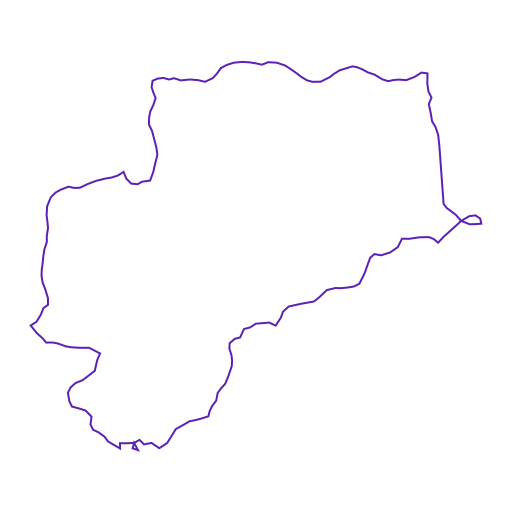 the district of Tabatinga, São Paulo, Brazil
{"feature_id": "56859067B81349085516889", "entity_name": "Tabatinga", "entity_type": "district", "adm_level": 2, "iso_a3": "BRA", "parent_name": "Brazil", "parent_adm1": "São Paulo", "projection": "albers", "projection_center": [-48.634, -21.727], "detail": "fine", "context": "isolated", "style": "outline", "palette": "violet", "viewbox_px": 512, "rotation_deg": 0, "n_neighbors": 0, "source": "geoboundaries", "source_scale": "gbopen_adm2", "svg_char_len": 2573}
<svg xmlns="http://www.w3.org/2000/svg" viewBox="0 0 512 512"><path d="M134.1,442.9L139.6,439.9L144.0,444.4L151.5,442.9L159.3,448.2L167.1,443.1L172.0,435.3L175.7,429.2L182.6,425.3L189.5,421.3L196.4,419.9L202.1,418.3L208.4,416.3L209.6,411.3L212.0,406.2L216.2,400.6L217.7,392.9L221.1,388.3L225.2,383.8L228.1,376.9L231.8,366.0L232.1,360.4L231.5,355.3L229.4,348.6L229.6,343.3L234.8,338.8L240.1,337.5L244.0,329.0L250.2,327.4L255.8,323.7L263.1,323.1L269.1,322.6L275.7,325.6L280.9,317.6L283.0,311.7L288.7,306.5L300.4,303.9L306.6,302.8L313.9,301.5L319.0,297.5L326.8,290.1L335.4,288.0L340.8,288.2L348.6,287.4L353.9,286.5L359.3,283.8L362.0,278.5L364.3,274.0L366.3,268.5L368.4,262.6L370.2,257.8L374.4,254.1L381.1,255.3L390.2,252.4L397.8,247.1L402.0,238.7L409.0,238.8L419.4,237.3L429.0,237.1L433.9,239.1L438.1,242.7L443.6,236.8L456.3,225.4L461.2,220.9L455.5,214.5L446.7,208.0L443.6,203.9L439.4,146.4L438.2,135.0L435.6,127.2L432.1,121.4L430.8,113.4L428.8,104.2L431.5,97.6L428.5,91.6L427.3,83.7L427.5,73.4L421.5,72.6L414.6,76.9L406.4,80.1L398.4,79.6L393.2,80.1L388.3,81.2L382.5,79.4L374.5,74.6L367.9,72.4L362.0,69.2L357.1,67.2L352.4,66.4L339.7,70.3L334.2,73.7L329.5,77.3L320.6,81.7L312.4,81.8L307.1,80.4L301.2,76.8L297.2,73.7L291.3,69.5L285.3,65.6L276.8,62.7L268.3,62.2L261.9,64.7L257.2,63.6L250.2,62.4L242.4,61.9L233.8,62.7L226.6,65.0L220.8,68.1L217.2,73.3L212.8,78.1L205.0,81.8L197.9,80.1L189.8,79.5L180.8,80.4L174.0,78.2L169.0,79.5L163.4,77.9L157.4,78.7L152.6,80.7L151.6,87.1L153.2,92.1L155.6,98.1L153.4,104.9L150.3,111.5L149.1,117.6L149.0,124.7L152.1,131.1L154.1,138.8L156.3,147.2L157.4,154.7L155.0,164.3L153.3,171.9L150.1,180.6L142.0,181.7L137.7,184.2L131.2,183.6L126.2,178.5L123.6,171.9L117.9,175.5L111.8,177.5L105.2,178.6L96.3,180.8L88.0,183.9L79.7,187.8L74.0,187.9L68.5,186.7L60.9,189.6L55.5,192.6L50.8,197.3L47.1,206.4L46.6,215.3L47.5,222.3L48.0,228.1L46.8,236.0L46.8,242.1L44.3,249.7L43.1,258.1L42.6,263.9L41.8,269.0L41.5,275.4L42.5,282.1L45.4,289.7L48.0,298.3L48.0,304.8L43.4,308.2L40.7,314.9L36.4,321.9L30.7,325.5L36.7,333.0L42.6,338.3L46.2,342.6L52.5,342.5L57.5,343.4L66.0,346.4L71.7,347.3L79.8,347.8L89.1,347.8L100.1,353.5L97.4,359.6L96.1,364.9L94.8,370.8L82.9,380.0L75.6,383.0L70.7,387.3L67.9,392.8L69.4,401.3L72.0,406.6L78.5,408.3L85.5,410.5L91.5,416.6L90.5,424.5L93.1,429.8L98.5,432.3L104.5,436.7L108.1,441.5L114.4,445.2L120.1,448.5L120.0,443.2L125.8,443.3L134.1,442.9ZM461.2,220.9L469.8,224.3L475.5,224.1L481.3,223.7L480.2,218.6L475.5,215.4L469.5,216.1L461.2,220.9ZM134.1,442.9L132.6,448.3L138.0,450.1L134.1,442.9Z" fill="none" stroke="#5b21b6" stroke-width="2"/></svg>